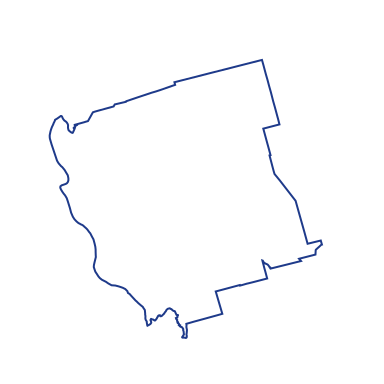 the district of San Jerónimo, Santa Fe, Argentina, rotated 153°
{"feature_id": "61730980B41711157234352", "entity_name": "San Jerónimo", "entity_type": "district", "adm_level": 2, "iso_a3": "ARG", "parent_name": "Argentina", "parent_adm1": "Santa Fe", "projection": "natural_earth1", "projection_center": [-60.965, -32.143], "detail": "fine", "context": "isolated", "style": "outline", "palette": "blue", "viewbox_px": 384, "rotation_deg": 153, "n_neighbors": 0, "source": "geoboundaries", "source_scale": "gbopen_adm2", "svg_char_len": 5438}
<svg xmlns="http://www.w3.org/2000/svg" viewBox="0 0 384 384"><g transform="rotate(153 192 192)"><path d="M294.9,131.1L294.4,130.3L293.9,129.5L293.1,126.4L291.5,120.7L291.1,119.9L290.3,117.4L288.9,114.0L288.0,112.0L287.9,110.3L287.6,108.4L287.9,107.5L288.9,105.0L289.4,104.0L289.8,102.6L290.9,100.6L291.2,99.6L291.3,98.8L291.2,98.3L291.1,97.2L291.4,96.6L291.8,95.5L291.9,95.1L292.4,93.5L292.4,93.1L290.8,93.1L290.1,93.2L289.4,93.2L288.9,93.3L288.5,93.5L288.0,93.8L287.7,94.0L287.5,94.4L287.4,94.9L287.3,95.2L287.2,95.8L287.2,96.5L287.1,96.8L286.8,97.0L286.1,97.5L285.9,97.4L285.8,97.2L285.7,97.0L285.4,96.6L285.1,96.5L284.6,96.1L284.4,95.8L284.3,95.5L283.9,95.1L283.8,94.7L283.4,94.3L282.8,94.4L282.3,94.6L282.0,94.7L281.4,95.1L280.9,95.2L280.1,95.9L279.8,96.1L279.3,96.3L278.9,96.6L278.8,96.8L278.6,96.9L278.2,96.9L277.9,97.1L277.4,97.1L277.2,97.0L276.6,96.8L276.7,96.1L276.6,95.7L276.2,95.4L275.3,95.3L274.6,95.5L274.4,95.6L273.7,95.8L272.8,96.0L272.4,96.3L271.9,96.3L271.3,96.8L270.6,97.2L269.9,97.4L269.2,97.8L268.6,98.3L268.0,98.6L266.7,98.9L266.4,98.9L265.6,98.7L265.1,98.6L264.7,98.5L264.6,98.4L264.4,98.2L264.3,97.8L264.1,97.5L263.8,97.2L263.6,97.1L263.3,96.5L263.1,95.6L262.9,95.3L262.6,94.7L262.2,94.2L261.9,94.0L261.7,93.9L261.5,93.6L261.4,93.4L261.4,93.2L261.4,92.9L261.5,92.6L261.5,92.2L261.6,89.9L261.6,89.7L261.4,89.5L261.3,89.4L260.8,89.1L260.5,88.9L260.4,88.8L260.4,88.7L260.5,88.5L261.1,88.6L261.3,88.5L261.3,88.3L261.3,87.9L262.0,86.9L262.4,86.8L262.6,86.8L262.9,86.9L263.0,87.0L263.4,87.0L263.5,87.0L263.5,86.9L263.7,86.4L263.7,86.2L263.7,85.8L263.5,85.4L263.4,85.1L263.3,84.8L263.4,84.7L263.6,84.4L263.7,84.2L263.7,83.9L263.7,83.7L263.7,83.4L264.1,83.0L264.1,82.9L263.6,82.6L263.6,82.2L263.8,82.0L264.1,81.9L264.2,81.7L264.0,81.4L263.6,80.9L263.5,80.7L263.5,80.2L263.7,79.7L263.8,79.6L264.2,79.4L264.1,79.1L263.9,78.9L263.2,78.8L263.0,78.6L263.1,78.4L263.2,78.2L263.7,78.1L263.8,77.9L263.4,77.2L263.1,76.8L262.8,76.5L262.5,76.4L262.4,76.2L262.3,75.9L262.1,75.1L262.1,74.9L262.2,74.5L262.2,74.3L262.0,74.1L262.0,73.9L262.1,73.6L262.3,73.3L262.6,72.9L262.7,72.5L262.7,72.1L262.8,71.5L263.4,70.0L263.5,69.8L263.6,69.3L263.7,69.1L263.8,68.9L264.0,68.9L264.2,68.7L264.4,68.4L264.6,68.2L264.8,68.1L265.2,68.0L265.5,67.7L266.0,67.5L266.5,67.3L266.7,67.1L266.6,66.8L266.6,66.6L265.8,66.2L265.0,65.7L264.8,65.6L264.3,65.3L264.1,65.0L263.8,64.8L263.5,64.7L263.2,64.7L262.8,64.9L262.4,65.4L262.0,66.1L261.5,67.9L260.9,68.5L259.1,71.4L258.8,72.5L258.3,74.3L257.6,75.3L256.9,77.1L249.1,75.6L237.6,73.2L235.6,72.8L224.9,70.6L220.3,69.7L218.6,78.8L216.0,92.6L208.1,90.9L191.6,87.4L191.7,86.8L189.3,86.3L184.6,85.4L183.5,85.1L178.8,84.0L164.3,80.8L162.9,87.3L162.0,91.8L161.4,94.4L160.4,99.0L160.1,98.7L160.1,98.1L160.1,97.2L160.0,96.6L159.7,96.2L159.3,95.2L159.2,95.0L158.8,94.6L158.4,94.1L158.2,93.8L157.8,93.4L157.6,93.1L157.5,92.8L157.3,92.1L157.1,91.1L157.0,89.6L156.9,89.6L156.7,89.6L156.5,89.1L156.7,88.8L156.8,88.4L156.8,88.1L139.6,84.1L126.2,81.0L126.9,83.9L110.4,80.2L108.2,84.0L107.9,84.3L107.6,84.4L106.5,84.7L104.0,85.4L103.8,85.4L101.1,86.2L100.6,86.3L100.4,86.3L100.1,86.2L99.3,90.3L106.5,92.0L112.5,93.4L109.9,106.0L107.3,119.1L103.7,137.1L108.5,162.4L110.3,170.6L109.9,172.7L109.9,172.8L108.7,178.5L106.3,189.4L105.3,189.2L103.1,199.7L103.1,199.8L99.7,216.1L83.4,212.5L82.0,218.7L81.9,219.3L79.7,229.7L78.5,235.8L76.4,245.2L75.1,251.8L73.9,257.3L72.7,263.5L70.7,272.9L69.7,277.9L86.5,281.7L94.5,283.5L101.2,285.0L119.7,289.2L155.7,297.3L157.8,297.8L158.4,295.1L161.0,295.5L174.3,297.3L178.7,298.0L182.9,298.8L196.8,300.9L209.1,302.7L209.6,302.4L209.9,302.4L210.2,302.5L210.3,302.6L210.5,302.5L221.1,305.1L223.0,303.8L238.5,307.0L239.0,307.1L242.0,307.7L244.1,308.0L246.4,306.5L246.8,306.2L252.5,302.4L255.5,303.0L255.8,303.0L264.1,304.7L263.8,304.4L263.7,304.0L263.8,303.9L264.0,303.9L264.3,303.9L264.6,303.9L265.0,304.1L265.4,304.5L265.8,304.8L266.1,304.8L266.2,304.6L265.8,304.3L265.7,304.0L265.7,303.8L265.9,303.6L266.5,303.1L267.1,302.5L267.4,302.1L267.6,302.0L267.8,302.0L267.7,302.4L267.7,302.8L267.8,303.0L268.0,303.0L268.3,302.9L268.4,302.7L268.4,302.4L268.2,302.0L268.2,301.4L268.9,300.8L271.2,299.0L271.5,298.9L271.8,299.0L272.6,300.0L273.3,301.4L273.9,303.0L273.7,304.3L273.3,305.6L272.6,306.9L272.1,307.8L271.9,308.8L271.9,309.4L272.0,310.7L272.3,311.8L273.3,313.7L273.6,315.2L273.7,315.8L273.7,316.4L273.6,318.0L273.7,318.7L274.0,319.1L274.4,319.3L276.2,319.0L279.1,318.6L281.2,318.5L281.5,318.1L282.1,317.6L282.3,317.4L283.5,316.5L284.1,316.1L284.9,315.3L287.4,313.4L289.0,311.9L289.5,311.4L290.7,310.1L293.0,307.2L293.5,306.3L293.7,305.7L293.9,305.4L294.4,304.0L295.5,298.2L298.0,281.4L298.0,280.2L297.8,278.0L296.9,274.4L296.3,273.1L295.5,269.4L295.3,266.1L295.1,263.3L295.9,260.4L296.8,258.6L297.9,257.4L299.4,256.6L300.9,256.5L305.1,257.1L306.6,256.8L307.2,256.1L307.5,255.2L307.6,253.6L307.4,251.0L307.1,248.8L306.6,246.6L306.4,243.4L306.9,240.0L308.1,233.0L309.1,228.5L309.4,224.1L309.1,221.1L308.3,218.3L307.2,215.7L306.5,214.9L305.9,213.8L305.0,212.8L304.2,211.5L303.6,209.8L302.8,207.8L302.3,206.2L301.8,203.0L301.4,201.4L301.4,197.9L301.3,194.5L302.2,190.3L303.0,187.1L304.0,184.5L305.2,182.1L305.9,180.6L306.6,179.1L307.2,177.7L310.5,173.9L312.5,171.5L313.6,169.7L314.3,165.0L313.7,159.2L313.2,157.1L312.1,154.7L309.4,151.0L308.2,148.7L306.0,145.4L302.8,143.5L300.2,141.2L298.6,139.6L297.1,138.0L295.5,135.8L294.6,133.0L294.9,131.1Z" fill="none" stroke="#1e3a8a" stroke-width="2"/></g></svg>